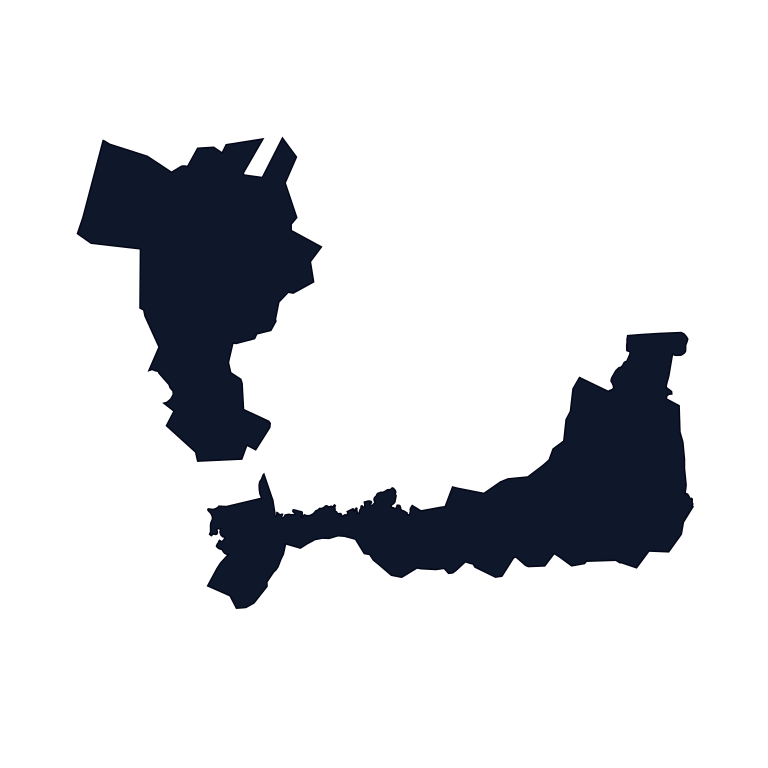 the district of Bade, Yobe, Nigeria, rotated 185°
{"feature_id": "59680162B86291828303656", "entity_name": "Bade", "entity_type": "district", "adm_level": 2, "iso_a3": "NGA", "parent_name": "Nigeria", "parent_adm1": "Yobe", "projection": "natural_earth1", "projection_center": [10.914, 12.715], "detail": "fine", "context": "isolated", "style": "filled", "palette": "ink", "viewbox_px": 768, "rotation_deg": 185, "n_neighbors": 0, "source": "geoboundaries", "source_scale": "gbopen_adm2", "svg_char_len": 6123}
<svg xmlns="http://www.w3.org/2000/svg" viewBox="0 0 768 768"><g transform="rotate(185 384 384)"><path d="M495.8,283.8L496.2,283.3L496.6,282.5L497.7,278.6L499.3,275.7L499.6,272.5L499.0,267.8L498.0,263.6L495.8,259.6L530.2,248.2L537.9,247.9L538.6,246.7L540.7,245.2L543.4,244.1L548.0,244.3L548.6,243.7L548.2,242.8L547.2,241.7L546.1,241.0L544.7,239.2L543.6,237.3L543.1,234.6L544.4,230.5L544.5,228.0L543.9,221.9L544.1,220.7L544.7,219.2L543.2,218.0L542.5,217.9L542.2,218.4L542.2,218.8L542.0,219.2L541.1,219.5L540.3,219.7L538.7,219.4L537.8,219.7L537.3,220.2L537.0,221.1L537.2,222.5L537.6,223.4L537.7,225.2L537.1,225.7L536.6,225.6L535.5,225.3L534.7,225.3L534.3,225.1L534.2,223.7L534.5,222.4L534.3,221.6L534.0,220.8L533.5,220.2L533.3,219.4L532.9,218.8L531.7,218.2L531.4,217.7L530.8,217.6L530.4,218.0L530.1,218.5L528.9,216.8L529.7,215.6L530.3,214.3L531.1,213.4L531.9,213.0L532.8,212.9L533.6,213.7L534.2,213.9L534.6,213.4L535.1,212.1L535.3,211.0L536.1,210.1L536.8,207.9L536.0,206.9L534.4,205.8L532.3,205.2L530.7,204.9L530.1,203.8L529.2,202.7L528.1,201.6L526.0,200.7L524.2,200.5L531.1,191.6L534.3,185.6L542.1,167.5L518.9,159.6L511.5,147.8L505.0,148.8L502.0,149.4L494.4,154.6L482.9,172.2L483.4,176.5L477.7,186.9L475.4,189.5L473.6,192.8L471.5,200.2L469.4,205.8L468.1,216.2L453.0,213.2L446.4,218.3L440.9,221.8L439.8,222.8L431.9,225.1L425.3,225.4L416.7,228.8L410.0,228.9L398.9,226.9L388.9,213.4L383.4,212.9L379.2,207.6L373.4,203.7L360.0,194.1L349.5,193.0L335.1,203.6L330.9,203.2L316.2,203.7L308.2,205.5L307.7,205.3L303.2,201.0L299.1,201.8L296.0,204.6L287.6,213.8L287.0,213.9L281.9,212.7L279.7,212.6L277.4,209.5L256.1,201.3L249.8,202.8L239.8,222.1L237.5,223.2L227.1,215.6L224.3,214.7L208.0,216.8L199.7,230.0L193.5,226.7L181.2,219.2L168.6,222.6L166.9,225.1L137.7,228.6L133.2,226.4L132.4,226.8L116.4,222.9L105.5,240.7L85.8,241.6L74.7,260.3L73.7,272.4L65.5,288.7L66.1,289.0L66.0,290.9L66.1,291.8L66.6,292.6L66.8,293.5L66.8,295.2L67.4,295.6L66.9,296.1L67.2,296.6L67.6,296.9L68.3,296.6L68.9,296.7L69.8,297.4L70.1,297.7L70.3,298.6L71.2,299.7L71.6,300.4L72.9,301.1L73.4,301.1L74.0,300.7L74.5,300.8L74.2,309.6L77.3,326.1L78.1,335.2L81.2,352.2L85.0,362.0L88.1,388.1L101.3,393.7L101.3,396.9L99.3,398.5L97.8,399.0L96.5,399.0L96.5,399.8L96.9,401.6L102.6,405.2L102.6,407.4L102.1,410.9L101.3,414.8L100.9,417.7L99.2,438.9L97.2,438.1L95.5,438.0L90.6,438.6L87.7,440.8L86.5,442.7L86.6,446.2L86.9,448.8L85.9,452.2L85.3,455.3L86.9,457.5L89.3,459.9L92.3,461.2L114.6,458.3L133.2,455.5L145.5,453.4L145.8,449.2L145.5,446.8L145.6,443.2L145.0,438.5L144.1,438.1L142.2,437.9L141.6,436.9L141.7,435.0L143.0,431.0L144.3,427.5L145.6,427.2L146.7,426.2L147.8,423.4L149.2,421.5L151.4,420.7L154.2,417.5L157.5,410.4L158.1,407.9L158.0,406.4L156.9,405.1L155.8,403.1L154.8,400.6L156.0,398.4L158.4,397.3L160.0,396.2L189.8,407.5L195.3,395.7L195.9,373.0L199.5,364.4L199.9,343.5L200.1,342.7L209.9,334.0L212.9,322.7L218.5,316.8L232.7,303.9L252.2,300.3L259.3,296.7L274.9,283.7L301.9,286.6L306.7,287.4L312.4,267.1L316.9,266.1L336.1,260.8L345.3,265.4L346.1,263.9L346.7,262.5L347.0,261.4L346.6,259.6L347.0,256.7L347.5,256.0L348.3,255.7L349.5,256.0L349.7,256.7L349.7,257.5L350.3,257.8L353.1,259.2L355.6,259.8L356.5,261.2L356.8,262.4L357.3,263.8L358.4,264.5L360.3,264.4L360.8,262.5L361.0,261.4L362.0,260.8L364.3,261.7L365.4,261.5L366.0,262.1L366.2,263.1L365.8,264.2L363.9,265.8L363.1,266.8L362.8,267.9L362.2,273.7L362.9,274.8L363.3,276.0L362.8,277.2L363.4,278.8L364.6,280.1L365.9,281.1L366.8,281.2L367.5,280.3L368.4,279.5L369.9,279.1L371.4,279.0L373.3,277.4L375.8,275.9L377.8,275.9L378.9,275.2L380.6,274.6L381.5,273.4L381.9,271.8L382.8,270.9L383.7,269.7L383.9,268.2L383.6,266.9L383.0,266.1L382.7,265.3L383.0,264.5L384.0,263.5L384.9,262.1L386.7,262.2L387.7,262.8L387.7,263.8L386.6,264.0L386.1,264.7L386.4,265.7L387.2,266.1L389.4,266.1L393.3,264.7L393.1,263.7L392.7,262.9L392.6,261.4L392.9,260.0L393.8,259.5L394.7,259.7L395.0,260.6L395.8,260.6L396.2,260.1L396.1,259.1L396.3,257.5L397.1,256.3L397.3,254.7L397.3,253.2L397.9,252.9L398.8,253.1L399.3,253.7L399.8,254.8L400.1,256.1L400.2,257.7L400.8,258.0L401.4,257.1L401.8,255.8L402.3,254.7L403.1,254.8L403.3,256.7L404.1,257.0L407.1,255.1L409.5,253.7L409.0,253.1L409.0,252.0L409.2,250.1L411.3,250.4L413.4,249.0L414.9,248.7L415.1,249.4L415.1,250.4L415.7,251.1L417.2,251.1L418.2,250.7L419.0,251.0L420.3,252.6L421.3,252.8L422.2,253.5L421.7,254.3L421.9,255.2L422.2,256.1L422.2,257.4L421.9,258.7L422.9,259.2L424.3,257.2L425.4,257.3L426.1,257.7L427.1,257.0L428.9,256.9L429.7,257.5L430.8,257.7L431.8,257.3L432.4,256.4L434.2,255.1L435.7,254.5L437.3,254.5L438.9,252.7L440.9,251.7L442.3,249.6L443.5,248.3L446.4,246.5L448.9,246.1L450.8,246.4L452.0,246.8L452.4,246.0L453.0,245.3L453.5,244.1L454.5,243.9L454.9,244.6L454.6,245.5L454.2,246.2L454.0,247.1L454.4,249.2L455.3,249.7L457.7,249.8L459.9,250.4L463.4,250.8L463.7,249.9L463.7,249.1L462.1,247.7L461.2,246.7L461.6,246.0L462.9,245.8L465.6,245.7L467.5,245.9L471.0,244.9L471.3,244.1L471.8,243.3L472.3,242.1L473.2,241.7L474.1,242.0L474.3,243.0L474.0,244.2L473.8,245.4L474.5,245.3L475.4,244.7L476.5,245.0L477.7,245.3L478.6,246.3L479.4,246.7L479.7,246.2L479.3,245.4L479.6,243.1L480.6,242.5L481.2,243.4L481.3,245.0L481.6,246.4L484.7,258.9L485.2,259.8L495.8,283.8ZM639.6,590.2L678.4,599.0L683.9,601.8L685.0,602.1L698.5,523.4L702.5,507.1L688.1,498.7L638.8,497.4L638.4,497.1L633.7,438.4L629.8,436.8L628.0,430.8L611.3,401.2L619.4,376.9L616.3,378.3L612.6,377.2L609.8,376.9L609.2,375.3L603.3,369.6L598.1,364.7L596.8,361.7L593.6,358.6L593.0,355.2L595.1,350.4L598.7,346.8L601.7,345.7L590.8,338.7L597.1,323.5L565.7,299.7L562.9,290.9L519.1,296.8L515.3,311.1L506.1,307.3L494.0,330.7L493.9,334.8L495.5,336.8L521.7,346.3L525.4,372.2L527.0,376.2L537.7,381.9L540.8,391.7L540.6,393.9L538.1,411.5L534.8,411.5L516.9,417.9L515.1,422.8L501.4,427.5L497.1,437.2L497.8,438.9L495.9,456.5L487.4,467.1L482.4,466.6L463.0,479.6L468.0,499.5L458.3,515.1L489.8,528.8L490.4,535.1L485.4,542.2L500.0,575.7L491.0,602.5L506.6,620.2L523.2,579.1L541.7,580.0L542.6,581.8L525.9,617.6L562.1,608.6L565.4,600.0L574.3,605.0L590.2,602.6L598.6,583.6L602.0,583.8L604.5,583.4L614.2,576.4L639.6,590.2Z" fill="#0f172a" stroke="#020617" stroke-width="1.5"/></g></svg>